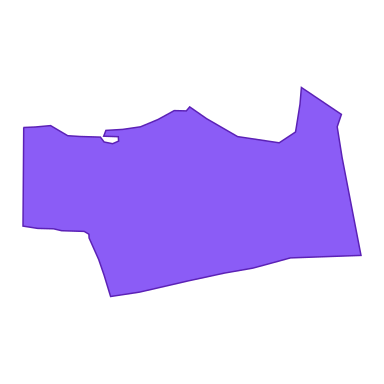 N'Guigmi, Diffa, Niger
{"feature_id": "23599985B27242520162456", "entity_name": "N'Guigmi", "entity_type": "district", "adm_level": 2, "iso_a3": "NER", "parent_name": "Niger", "parent_adm1": "Diffa", "projection": "robinson", "projection_center": [12.657, 14.178], "detail": "fine", "context": "isolated", "style": "filled", "palette": "violet", "viewbox_px": 384, "rotation_deg": 0, "n_neighbors": 0, "source": "geoboundaries", "source_scale": "gbopen_adm2", "svg_char_len": 704}
<svg xmlns="http://www.w3.org/2000/svg" viewBox="0 0 384 384"><path d="M110.6,296.5L139.6,292.1L187.7,281.0L224.3,273.1L252.9,268.1L266.7,264.4L290.4,257.9L361.0,255.4L353.5,216.7L342.1,157.6L337.2,126.8L341.4,114.4L301.4,87.5L300.0,104.2L296.2,128.0L295.5,132.0L279.2,142.8L237.6,136.6L206.5,118.6L189.7,106.9L186.3,110.9L174.2,110.6L158.0,119.5L140.5,126.8L122.7,129.4L105.9,130.4L103.7,136.2L118.3,136.7L118.6,141.1L112.6,143.7L104.1,142.0L100.4,137.1L80.1,136.5L67.7,135.7L50.6,125.6L35.2,127.0L23.4,127.5L23.7,127.5L23.7,129.7L23.0,226.1L37.7,228.4L53.6,228.8L61.6,230.7L84.2,231.4L88.9,234.2L89.1,238.0L98.7,259.5L104.1,275.2L110.6,296.5Z" fill="#8b5cf6" stroke="#5b21b6" stroke-width="1.5"/></svg>